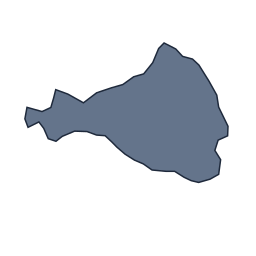 outline of Mitsero, Nicosia, Cyprus, rotated 254°
{"feature_id": "46923920B44917780052116", "entity_name": "Mitsero", "entity_type": "district", "adm_level": 2, "iso_a3": "CYP", "parent_name": "Cyprus", "parent_adm1": "Nicosia", "projection": "robinson", "projection_center": [33.124, 35.045], "detail": "fine", "context": "isolated", "style": "filled", "palette": "slate", "viewbox_px": 256, "rotation_deg": 254, "n_neighbors": 0, "source": "geoboundaries", "source_scale": "gbopen_adm2", "svg_char_len": 764}
<svg xmlns="http://www.w3.org/2000/svg" viewBox="0 0 256 256"><g transform="rotate(254 128 128)"><path d="M196.0,179.4L184.0,169.8L175.7,158.0L175.7,147.6L171.2,135.0L171.2,123.2L170.5,107.6L164.5,92.1L177.2,79.5L184.8,69.1L177.2,64.7L169.0,59.5L167.5,49.9L175.7,36.6L165.2,31.4L156.2,32.1L158.4,44.0L150.9,46.9L139.7,48.4L135.1,55.1L138.1,62.5L139.7,75.8L135.9,87.6L129.9,95.8L126.9,103.9L119.4,108.4L112.6,112.1L103.6,118.0L95.3,125.4L89.3,132.8L81.0,139.5L75.8,152.8L73.5,160.9L65.2,168.3L60.0,174.2L56.2,180.9L56.2,192.8L58.5,202.4L72.0,208.3L82.5,205.3L91.5,211.3L93.0,221.6L102.1,224.6L123.1,220.9L135.1,222.4L150.9,218.7L169.0,213.5L176.5,209.0L181.8,200.2L190.8,195.7L199.8,186.1L196.0,179.4Z" fill="#64748b" stroke="#1e293b" stroke-width="1.5"/></g></svg>